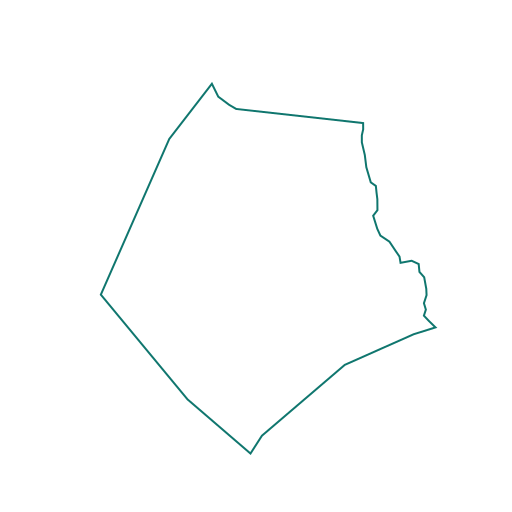 outline of São Paulo do Potengi, Rio Grande do Norte, Brazil, rotated 63°
{"feature_id": "56859067B7948406347889", "entity_name": "São Paulo do Potengi", "entity_type": "district", "adm_level": 2, "iso_a3": "BRA", "parent_name": "Brazil", "parent_adm1": "Rio Grande do Norte", "projection": "albers", "projection_center": [-35.745, -5.935], "detail": "fine", "context": "isolated", "style": "outline", "palette": "teal", "viewbox_px": 512, "rotation_deg": 63, "n_neighbors": 0, "source": "geoboundaries", "source_scale": "gbopen_adm2", "svg_char_len": 667}
<svg xmlns="http://www.w3.org/2000/svg" viewBox="0 0 512 512"><g transform="rotate(63 256 256)"><path d="M112.3,280.1L220.0,411.8L352.7,382.1L429.5,350.6L418.8,332.3L393.3,226.3L395.4,186.6L397.3,151.0L401.1,128.5L392.5,131.4L385.4,133.5L380.9,129.0L374.3,127.8L368.3,121.8L362.6,119.2L351.3,115.8L344.4,117.6L337.0,114.7L330.9,119.5L327.7,130.3L321.7,128.4L314.9,129.3L303.8,130.6L294.3,135.9L286.8,135.6L273.3,133.3L270.3,127.0L260.5,122.1L253.9,119.7L248.0,117.4L242.5,120.3L227.0,117.4L215.4,113.2L202.8,110.1L196.5,106.9L191.8,103.0L186.2,100.2L116.0,206.9L109.1,211.3L96.9,217.3L82.5,217.1L112.3,280.1Z" fill="none" stroke="#0f766e" stroke-width="2"/></g></svg>